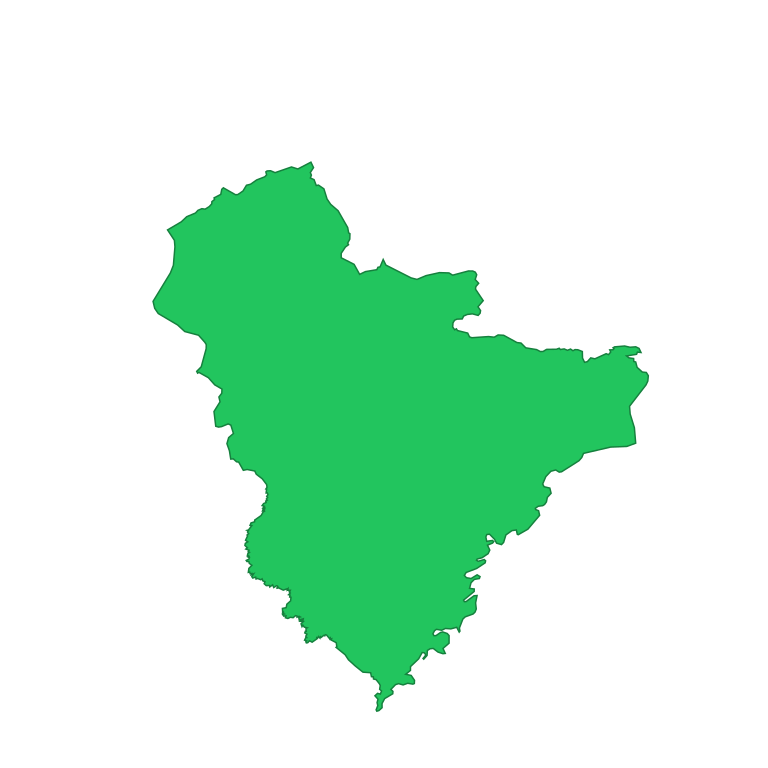 Khian Sa, Surat Thani, Thailand, rotated 52°
{"feature_id": "78962969B19485368092411", "entity_name": "Khian Sa", "entity_type": "district", "adm_level": 2, "iso_a3": "THA", "parent_name": "Thailand", "parent_adm1": "Surat Thani", "projection": "equal_earth", "projection_center": [99.16, 8.76], "detail": "fine", "context": "isolated", "style": "filled", "palette": "green", "viewbox_px": 768, "rotation_deg": 52, "n_neighbors": 0, "source": "geoboundaries", "source_scale": "gbopen_adm2", "svg_char_len": 6158}
<svg xmlns="http://www.w3.org/2000/svg" viewBox="0 0 768 768"><g transform="rotate(52 384 384)"><path d="M517.4,162.1L513.0,161.1L509.7,162.7L506.5,167.5L502.2,171.0L496.7,179.4L496.5,181.2L497.8,181.0L498.0,182.5L496.1,185.1L498.4,185.7L499.1,189.0L496.9,190.3L494.0,202.3L490.7,205.0L491.6,210.0L490.4,212.6L485.8,211.6L480.5,207.7L476.3,210.2L474.5,212.3L474.1,214.6L471.3,215.5L470.4,218.7L467.3,220.4L465.4,223.8L463.7,223.9L462.8,226.7L456.8,234.6L456.3,238.6L454.7,240.8L450.8,242.6L442.8,250.0L436.1,250.8L433.2,253.7L419.3,259.7L415.6,263.9L415.0,268.3L411.0,272.4L401.6,286.3L399.5,287.6L395.4,286.7L387.1,293.2L385.1,293.0L384.8,294.9L381.4,294.8L378.3,292.0L377.2,289.1L377.8,286.6L380.9,282.3L379.5,279.4L380.5,275.5L383.2,271.1L387.9,267.6L387.4,264.7L385.6,262.7L381.0,262.4L379.4,254.5L365.6,253.5L363.8,251.7L362.9,247.4L357.8,247.8L355.0,243.7L352.1,243.2L349.6,244.5L346.9,247.9L340.5,262.9L336.5,264.4L330.4,271.7L324.5,284.1L321.9,293.6L317.1,297.3L291.5,309.3L285.4,308.0L289.3,315.0L288.3,316.9L289.5,319.3L284.0,329.4L282.6,335.7L271.3,333.9L258.2,340.0L254.7,337.3L252.3,330.1L252.4,326.2L250.6,325.9L248.8,321.8L244.6,318.3L243.1,318.8L238.4,316.3L219.2,313.5L209.6,315.4L203.2,315.0L193.2,311.2L186.9,313.2L185.9,315.2L179.9,313.3L176.3,315.2L174.7,312.6L172.0,311.9L170.1,306.3L164.2,305.0L161.5,319.5L156.0,323.3L150.4,339.7L146.1,342.1L144.1,345.0L144.1,346.5L147.0,347.8L147.3,350.4L144.8,358.7L144.4,366.2L142.7,370.0L145.1,376.3L144.7,382.6L143.4,384.5L130.5,389.8L130.7,392.0L134.1,395.9L132.7,403.3L134.3,404.0L134.3,407.3L136.0,408.8L136.6,412.5L136.1,417.3L133.7,419.6L132.6,423.7L133.2,427.3L130.7,436.4L131.4,443.9L129.3,459.7L141.7,460.7L147.2,464.3L160.8,476.9L165.0,484.0L176.7,515.1L183.2,518.1L189.5,518.5L210.4,510.3L220.0,508.7L231.4,500.1L240.8,499.5L243.5,499.8L246.7,502.4L257.9,517.4L258.7,523.8L260.7,524.2L260.9,522.7L270.9,518.5L280.5,517.9L288.2,514.8L291.4,517.5L292.6,522.1L297.1,524.2L301.0,534.9L313.7,542.6L316.1,540.9L317.6,538.2L319.5,531.4L322.1,530.0L330.3,533.1L330.6,539.4L334.3,544.5L341.4,546.9L348.8,551.0L350.3,548.8L354.5,548.1L356.1,546.6L365.4,548.0L367.1,544.5L373.0,539.4L376.5,540.2L383.7,538.3L391.0,538.4L393.4,539.8L394.0,541.7L394.6,541.2L397.3,544.0L398.0,543.0L399.8,543.6L400.3,545.6L401.7,545.5L402.2,547.5L403.7,547.5L403.4,549.3L404.8,549.9L404.1,552.5L404.8,554.9L406.6,553.6L407.2,555.6L408.0,554.0L409.0,554.7L408.4,556.6L409.1,557.7L409.6,556.1L410.7,556.4L410.4,558.0L412.0,561.8L411.6,569.6L412.9,570.8L411.6,574.3L412.9,576.6L414.2,575.4L415.6,580.7L415.1,581.9L416.2,581.3L416.6,582.7L418.6,582.8L418.7,584.9L419.8,585.2L421.9,589.3L424.5,588.5L424.2,591.4L425.6,593.0L428.9,592.5L429.0,594.5L431.9,592.7L432.6,594.4L433.8,593.7L433.9,595.8L435.1,597.3L436.1,596.4L436.9,596.5L436.5,597.7L438.1,597.0L438.8,598.4L438.2,601.2L439.5,601.3L440.7,599.8L442.4,600.6L445.5,599.7L446.1,604.0L448.9,606.9L449.5,605.6L451.1,606.3L451.9,604.9L452.6,606.1L453.3,603.6L454.4,606.8L456.1,606.9L457.2,604.0L458.9,604.9L459.5,603.3L462.4,601.6L462.5,600.0L464.5,600.7L466.5,599.5L467.6,601.4L470.4,600.9L472.3,598.2L473.6,598.9L473.7,595.4L476.5,596.2L476.8,592.9L477.7,592.3L478.6,592.5L478.9,594.6L479.6,592.7L484.4,590.3L485.7,586.5L486.6,587.1L486.3,585.7L487.4,586.7L488.9,584.8L489.6,586.2L488.8,586.7L491.0,586.5L491.3,588.9L492.5,588.0L493.8,589.5L494.8,588.6L497.4,591.1L497.7,596.1L500.0,598.8L498.3,602.2L501.4,604.3L501.9,603.0L502.1,605.0L503.8,604.2L503.3,605.8L505.2,605.9L506.4,604.0L507.5,605.6L509.6,604.1L510.2,601.4L512.2,599.5L512.1,596.3L513.3,595.4L514.2,596.1L514.8,593.9L516.0,593.4L515.5,594.9L517.8,596.1L519.3,592.1L520.5,593.5L519.2,594.1L519.3,596.2L521.5,593.8L521.9,597.0L524.7,598.0L524.1,596.4L526.5,596.5L528.8,594.7L528.6,596.0L531.0,597.5L530.4,598.1L531.4,599.7L533.7,598.7L534.6,600.9L536.2,601.0L535.7,601.8L537.0,604.3L538.6,603.1L539.0,604.3L540.2,604.6L540.9,603.4L540.5,600.8L543.2,599.6L543.5,594.2L542.5,593.2L543.5,592.9L542.6,591.1L544.9,590.9L544.0,589.6L545.0,589.4L545.0,586.3L546.0,585.7L545.4,584.6L546.4,583.8L550.6,583.7L550.8,582.6L551.9,583.7L552.5,582.2L553.1,583.3L558.4,580.9L562.0,582.9L562.0,583.9L573.4,581.3L579.5,581.8L588.3,580.3L598.1,578.0L603.3,572.3L606.9,574.1L608.2,572.7L610.0,573.9L612.1,572.2L617.3,572.2L619.3,572.6L621.9,575.4L624.4,574.9L626.1,577.8L623.8,579.5L624.1,583.1L628.7,582.8L630.8,585.6L633.6,586.9L635.9,590.8L637.4,591.1L638.2,589.1L637.9,584.8L634.6,582.3L632.3,577.2L633.5,567.8L631.7,566.2L628.9,566.6L628.0,560.0L629.1,557.0L632.9,554.2L634.4,549.6L638.3,546.0L638.7,544.5L636.3,542.4L630.4,542.0L626.1,545.6L626.0,539.5L623.0,537.1L621.9,525.9L619.1,519.3L620.6,517.7L622.4,517.7L623.6,518.8L624.3,522.2L625.3,522.1L624.4,517.2L620.7,513.9L621.0,510.7L622.7,508.0L628.5,506.5L632.8,503.6L634.0,501.6L628.7,500.3L628.3,492.3L622.3,487.6L619.5,487.8L615.5,490.4L614.6,492.5L614.3,497.9L613.1,499.6L610.9,499.2L609.5,496.0L609.6,493.7L613.6,490.1L614.4,486.2L618.1,482.1L620.5,476.5L625.8,477.5L625.5,476.3L622.7,474.8L617.8,466.6L617.5,463.3L620.1,455.4L619.8,452.7L618.1,449.8L612.9,446.6L608.0,440.9L606.3,443.4L606.0,453.3L605.0,454.7L603.3,454.4L603.0,440.7L601.1,439.1L597.7,442.4L594.2,437.8L593.6,433.1L596.0,428.6L594.9,426.9L591.7,428.1L590.9,435.1L587.4,438.3L584.3,438.5L583.1,435.3L586.4,424.6L587.2,414.4L585.9,412.8L584.0,413.1L581.7,418.9L579.8,419.6L579.3,418.3L581.3,413.7L581.8,406.4L580.0,402.9L574.7,401.7L576.2,396.4L575.8,394.6L574.1,394.8L571.2,399.9L567.2,397.9L565.9,395.7L567.3,393.3L574.4,392.5L578.7,393.3L582.9,390.3L582.5,387.3L578.0,380.9L578.3,373.5L580.5,369.6L584.5,371.5L585.4,371.0L587.0,360.0L583.3,342.2L579.0,340.2L576.3,341.8L575.1,341.3L575.3,337.7L577.6,333.8L577.8,331.6L576.9,328.6L573.9,325.1L573.0,319.6L568.1,317.4L563.5,321.1L560.5,320.5L556.6,313.5L555.5,306.2L557.5,301.6L561.3,300.2L562.5,298.1L564.5,277.6L563.7,273.4L561.5,269.5L573.2,244.3L582.7,231.1L585.6,222.1L572.6,213.6L559.2,208.5L552.7,204.2L546.0,178.0L544.1,174.3L540.2,170.6L536.4,170.2L533.6,173.1L526.7,174.3L521.6,172.1L520.1,173.3L517.6,171.6L514.2,174.9L511.2,175.6L516.1,166.7L514.9,164.7L517.4,162.1Z" fill="#22c55e" stroke="#15803d" stroke-width="1.5"/></g></svg>